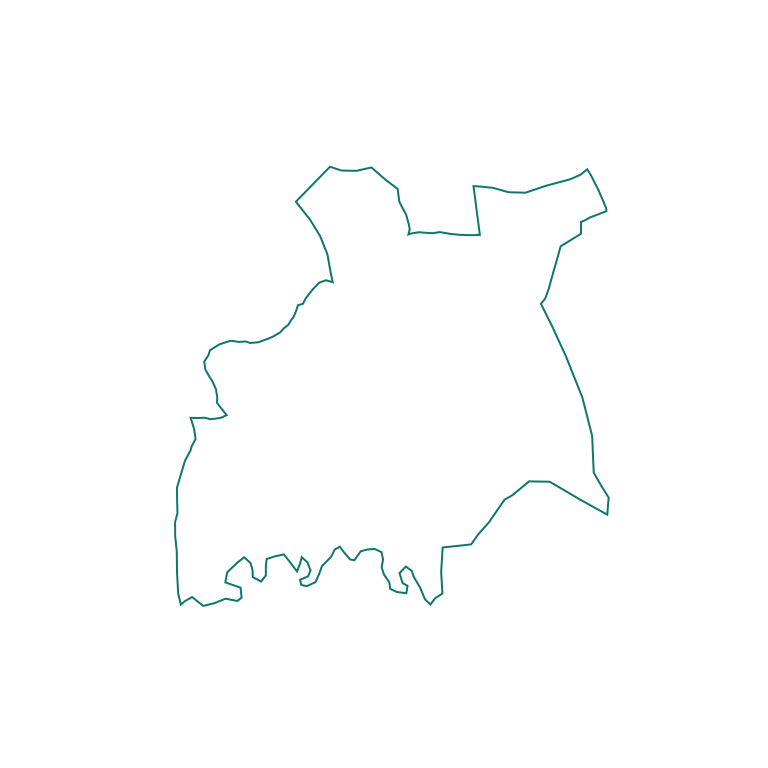 Mamberamo Tengah, Papua, Indonesia (Natural Earth projection), rotated 157°
{"feature_id": "22746128B2349164731379", "entity_name": "Mamberamo Tengah", "entity_type": "district", "adm_level": 2, "iso_a3": "IDN", "parent_name": "Indonesia", "parent_adm1": "Papua", "projection": "natural_earth1", "projection_center": [139.024, -3.626], "detail": "fine", "context": "isolated", "style": "outline", "palette": "teal", "viewbox_px": 768, "rotation_deg": 157, "n_neighbors": 0, "source": "geoboundaries", "source_scale": "gbopen_adm2", "svg_char_len": 3310}
<svg xmlns="http://www.w3.org/2000/svg" viewBox="0 0 768 768"><g transform="rotate(157 384 384)"><path d="M348.8,605.1L380.1,592.0L384.4,590.2L393.9,586.2L387.8,563.9L386.7,556.5L385.0,545.0L385.3,532.3L385.4,525.6L389.6,507.3L391.4,497.8L397.0,502.2L404.1,502.6L410.6,499.8L412.1,499.2L416.9,496.6L422.3,493.6L427.3,489.5L432.3,490.2L436.7,485.3L440.9,481.1L443.9,479.5L446.6,477.6L449.1,475.8L454.5,474.4L459.3,472.1L467.9,471.0L472.7,471.0L482.1,471.4L482.9,471.4L491.1,474.0L494.7,477.2L498.1,478.4L500.9,479.3L507.3,483.2L509.3,483.9L520.3,484.8L530.7,483.1L530.9,483.1L534.5,479.0L540.7,474.9L542.8,467.0L541.9,458.8L541.0,454.3L540.7,445.1L542.8,436.5L545.1,432.1L543.1,424.2L541.0,416.8L547.2,416.6L553.6,418.2L557.8,419.6L561.8,422.8L569.0,425.6L575.2,428.4L576.4,416.6L579.0,406.9L585.4,401.8L588.0,398.5L597.2,391.1L606.9,379.4L610.6,374.9L615.0,369.6L619.6,358.5L624.6,345.8L630.2,338.6L635.8,325.2L640.0,311.3L648.3,291.0L655.2,271.9L655.3,271.5L657.2,260.3L652.6,261.8L643.9,262.9L637.2,250.4L625.9,248.5L613.8,248.3L603.8,241.6L598.6,242.9L595.6,252.6L602.2,258.5L607.6,263.4L601.8,272.0L588.7,276.9L580.4,279.1L576.9,271.4L577.6,264.5L580.2,257.5L574.4,250.2L567.6,253.9L566.7,256.0L563.8,262.8L560.4,268.7L552.1,268.0L547.1,267.1L542.8,266.3L540.8,259.3L539.1,252.4L537.3,245.5L531.3,251.6L527.4,256.7L524.1,249.6L524.5,241.1L529.1,236.6L537.8,236.6L538.6,231.3L534.1,228.1L524.6,228.4L518.2,234.2L512.4,240.5L506.4,243.0L500.3,245.6L494.0,250.9L488.3,251.5L486.5,244.4L483.8,235.8L480.1,233.3L470.8,239.1L464.2,238.2L457.1,235.9L452.0,230.2L453.4,222.9L457.8,216.2L458.5,208.4L456.6,199.5L458.3,192.9L453.4,187.5L445.2,182.7L441.2,189.0L444.7,193.5L443.6,203.9L435.2,207.4L431.4,201.0L432.0,195.1L430.3,182.4L430.4,169.9L427.5,162.9L420.4,166.9L412.1,168.3L404.8,188.7L393.9,210.6L366.5,202.3L356.5,208.5L351.8,210.8L349.7,211.8L347.2,213.0L341.2,215.8L337.3,218.3L318.3,230.4L309.2,231.5L288.5,237.7L269.7,229.3L248.6,200.9L236.2,185.0L229.5,176.5L225.2,184.8L222.8,189.3L221.6,191.6L223.6,204.3L224.3,209.7L225.5,219.9L225.6,220.4L220.4,234.3L212.7,254.8L210.7,268.1L209.5,275.7L206.7,293.9L206.5,303.5L205.7,337.6L206.4,361.2L206.7,372.1L207.1,378.3L208.2,396.5L204.9,398.3L202.3,399.6L196.3,406.0L195.9,406.4L191.8,411.5L189.8,414.1L185.5,419.4L184.9,420.2L180.4,425.7L176.0,431.2L173.4,434.4L170.9,437.6L167.5,441.8L160.6,442.8L152.7,444.0L145.0,445.2L144.0,445.3L143.3,447.0L141.2,451.8L139.3,456.2L134.4,456.2L132.9,456.4L129.6,456.8L126.5,456.7L111.8,456.2L110.8,459.0L110.8,460.8L110.8,472.4L110.8,478.6L111.3,485.2L111.9,495.0L113.0,502.2L121.2,499.9L132.9,499.7L135.3,500.1L150.5,502.2L157.0,503.1L157.5,503.2L168.9,504.0L177.5,504.7L178.8,504.8L179.5,505.0L185.5,507.8L190.0,509.8L194.3,511.8L196.1,513.2L197.1,514.0L206.8,521.8L208.3,522.7L210.1,523.6L215.2,526.5L216.0,527.0L224.3,531.2L226.4,523.7L227.0,521.3L229.6,512.2L237.5,483.8L242.3,485.6L249.6,488.7L254.6,491.1L255.9,491.7L263.7,495.9L270.1,500.0L273.2,502.0L280.3,503.8L287.5,507.4L292.7,510.1L300.0,511.9L303.1,512.1L299.8,516.5L298.9,520.7L298.7,521.9L297.8,528.5L297.5,530.7L297.5,530.9L297.8,534.6L298.4,541.6L298.4,542.2L298.7,545.7L295.2,558.3L302.6,571.0L307.3,580.7L310.9,588.2L326.1,591.0L326.3,591.1L335.3,595.1L339.8,597.2L343.4,600.3L348.8,605.1Z" fill="none" stroke="#0f766e" stroke-width="2"/></g></svg>